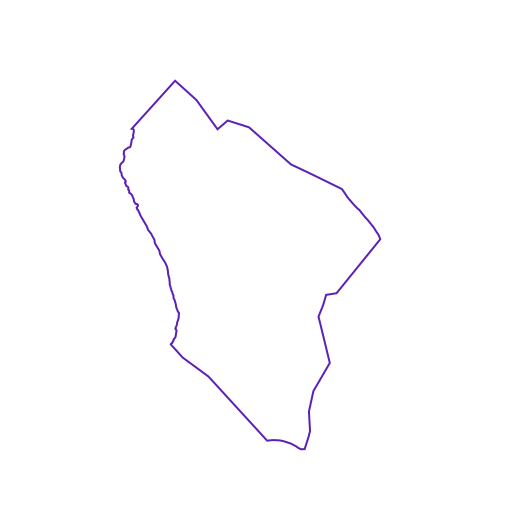 Xo'xmorit, Govi-Altay, Mongolia, rotated 241°
{"feature_id": "93677404B45004975907355", "entity_name": "Xo'xmorit", "entity_type": "district", "adm_level": 2, "iso_a3": "MNG", "parent_name": "Mongolia", "parent_adm1": "Govi-Altay", "projection": "natural_earth1", "projection_center": [94.596, 47.393], "detail": "fine", "context": "isolated", "style": "outline", "palette": "violet", "viewbox_px": 512, "rotation_deg": 241, "n_neighbors": 0, "source": "geoboundaries", "source_scale": "gbopen_adm2", "svg_char_len": 5869}
<svg xmlns="http://www.w3.org/2000/svg" viewBox="0 0 512 512"><g transform="rotate(241 256 256)"><path d="M427.5,209.0L427.3,209.2L427.0,209.7L426.7,209.9L426.3,210.1L425.9,210.2L425.6,210.2L425.3,210.1L425.1,210.0L424.7,209.9L424.2,209.5L423.6,209.1L423.2,208.8L422.9,208.5L422.3,208.0L421.9,207.7L421.6,207.3L421.0,206.8L420.7,206.6L420.4,206.5L420.2,206.5L419.9,206.5L419.5,206.5L419.3,206.4L419.1,206.3L419.0,206.2L418.9,205.9L418.6,205.1L418.2,204.2L418.0,203.7L417.4,203.2L417.1,203.0L416.1,202.3L415.6,202.0L414.9,201.3L414.5,201.0L413.8,200.4L412.8,199.4L412.4,199.0L412.3,198.7L412.3,198.4L412.5,197.7L412.6,196.9L412.7,196.6L412.6,196.3L412.4,193.4L412.2,192.6L412.1,192.2L411.9,191.8L411.8,191.6L411.5,191.3L411.1,191.0L410.6,190.7L409.4,189.8L409.1,189.6L408.8,189.6L408.6,189.6L408.2,189.6L407.8,189.5L407.4,189.4L407.0,189.3L406.7,189.1L406.2,188.8L405.4,188.2L405.0,187.8L404.2,187.1L403.5,186.5L402.9,185.4L402.5,183.7L402.1,182.6L401.8,181.9L401.4,181.4L400.9,180.9L400.2,180.4L399.6,179.9L398.7,179.6L398.1,179.3L397.6,179.1L397.0,178.8L396.4,178.5L395.9,178.4L395.6,178.4L395.0,178.5L394.5,178.5L394.0,178.5L393.1,178.3L392.5,178.1L392.0,177.8L391.5,177.7L391.1,177.6L389.8,177.6L389.0,177.7L388.3,177.8L386.8,178.2L386.1,178.4L385.5,178.4L385.1,178.4L384.7,178.4L384.4,178.3L384.0,177.9L384.0,177.6L384.0,177.2L383.8,177.0L383.1,176.9L381.7,176.8L380.4,176.5L380.2,176.5L379.9,176.6L379.6,176.8L379.3,177.1L378.7,177.4L378.4,177.5L378.0,177.5L377.6,177.4L376.8,177.1L376.5,176.8L376.3,176.5L376.1,176.4L375.7,176.5L375.3,176.7L375.0,176.8L374.6,176.7L374.3,176.6L373.9,176.4L373.6,176.2L373.3,176.0L372.9,175.8L372.5,175.8L372.2,176.0L371.7,176.5L371.4,176.6L371.1,176.7L370.4,176.8L369.8,177.0L369.3,177.0L368.5,177.0L367.3,176.8L366.7,176.7L365.5,176.7L364.9,176.6L364.4,176.4L363.8,176.1L363.1,175.9L362.6,175.8L361.9,175.8L360.6,175.9L360.3,176.0L359.9,176.1L359.6,176.3L359.6,176.7L359.3,177.0L359.0,177.2L358.6,177.3L358.2,177.5L357.9,177.5L357.6,177.4L357.4,177.2L357.0,176.9L356.7,176.4L356.5,176.0L356.4,175.3L356.2,175.3L355.9,175.2L355.6,174.9L355.4,174.9L354.5,174.8L354.3,174.8L354.1,174.8L354.0,175.0L353.8,175.1L353.6,175.1L353.3,175.2L353.0,175.2L352.3,175.0L352.0,175.0L351.2,175.0L351.0,174.9L350.6,175.0L350.4,175.0L350.2,174.9L349.4,174.8L348.9,174.7L348.2,174.6L346.5,174.6L344.9,174.6L343.7,174.6L342.7,174.7L342.0,174.7L341.4,174.7L340.6,174.7L340.1,174.7L338.7,174.8L337.1,174.8L336.0,174.9L335.3,174.9L334.9,174.9L334.7,174.8L334.4,174.7L333.7,174.7L333.0,174.6L331.9,174.4L331.5,174.3L331.1,174.3L330.7,174.3L330.3,174.4L329.6,174.6L328.8,174.7L328.1,174.8L327.8,174.8L327.2,174.9L326.9,175.0L326.6,175.1L326.3,175.1L324.9,175.0L324.1,175.0L323.3,175.0L322.1,175.0L321.6,175.0L320.8,175.0L319.5,175.0L318.9,174.8L318.5,174.7L317.8,174.3L317.5,174.2L317.2,174.1L316.9,174.0L316.1,173.8L314.3,173.8L313.8,173.8L313.3,173.8L312.2,173.9L311.0,173.9L309.5,174.0L308.5,174.0L308.2,174.1L307.9,174.1L307.7,174.1L307.3,174.0L307.0,173.9L306.6,173.7L306.1,173.6L305.6,173.4L305.2,173.3L304.1,173.0L303.5,173.0L303.4,173.0L302.5,172.9L301.6,173.0L300.6,173.0L299.7,173.0L299.2,173.0L297.9,173.1L295.5,173.3L294.8,173.3L294.2,173.3L293.5,173.3L292.0,173.2L290.2,173.0L289.5,172.9L288.9,172.8L288.4,172.6L287.9,172.4L287.5,172.2L287.2,172.1L286.8,172.1L286.3,172.0L285.8,171.8L285.6,171.6L285.3,171.5L284.9,171.3L284.6,171.2L284.0,171.0L283.8,170.9L283.6,170.8L283.5,170.7L283.2,170.5L282.9,170.4L282.5,170.3L282.1,170.2L281.5,170.1L281.0,170.0L280.2,169.7L279.6,169.5L279.3,169.4L278.9,169.4L278.6,169.4L278.4,169.4L278.0,169.2L277.5,168.9L277.1,168.6L276.8,168.5L276.5,168.4L276.2,168.3L275.7,168.2L274.9,167.9L274.6,167.7L274.1,167.3L273.7,167.1L273.4,166.9L273.0,166.8L272.3,166.6L271.7,166.5L270.7,166.3L270.5,166.2L268.2,165.7L267.5,165.5L267.1,165.4L266.7,165.3L266.3,165.3L265.6,165.3L265.2,165.3L264.3,165.0L264.0,164.9L263.3,164.8L262.8,164.7L262.0,164.7L261.7,164.6L261.4,164.6L261.2,164.5L260.6,164.2L260.0,163.9L259.5,163.6L259.3,163.5L259.0,163.4L258.6,163.4L257.6,163.5L257.3,163.4L256.9,163.4L256.3,163.3L255.3,163.1L254.5,162.9L253.2,162.6L252.5,162.3L251.9,162.2L251.3,161.9L250.6,161.7L249.9,161.5L249.2,161.2L248.5,161.2L247.8,161.1L246.9,161.0L246.3,160.9L245.6,160.8L245.2,160.8L244.9,160.8L244.2,161.0L243.6,161.0L243.2,160.9L242.4,160.3L241.9,159.9L241.1,159.4L240.7,159.2L239.7,158.6L239.3,158.2L239.1,158.0L238.3,157.3L237.7,156.7L237.3,156.4L237.0,156.0L236.8,155.6L236.6,155.3L236.4,155.1L236.1,154.9L235.8,154.6L235.0,154.1L234.4,153.7L234.0,153.2L233.5,152.6L232.9,151.9L232.5,151.3L231.9,150.5L231.6,150.4L231.4,150.4L231.2,150.5L230.9,150.5L230.8,150.4L230.7,150.3L230.7,150.2L230.4,150.2L230.2,150.2L229.8,150.3L229.4,150.4L229.2,150.3L228.9,150.1L228.1,149.4L227.5,148.9L225.9,147.7L225.5,147.3L225.1,147.1L224.9,146.9L224.7,146.8L224.4,146.5L224.0,145.9L223.5,145.1L223.4,144.7L223.3,144.2L223.2,143.8L223.1,143.6L222.8,143.3L222.6,143.2L222.2,143.0L222.0,142.9L221.9,142.7L221.7,142.1L221.6,141.7L221.4,141.4L221.1,141.2L220.9,141.1L220.7,140.9L220.5,140.6L220.5,140.4L220.5,140.0L220.5,139.8L220.4,139.2L220.1,138.6L219.9,138.6L215.8,139.6L202.8,142.6L173.6,156.0L126.3,167.3L89.1,176.2L87.1,180.9L86.2,182.6L83.2,187.4L81.4,189.5L79.7,191.3L77.8,193.0L74.7,195.8L72.1,197.5L71.0,198.1L70.2,198.8L68.5,199.5L67.7,199.9L66.8,200.6L65.4,201.3L63.5,204.9L73.0,215.0L76.0,217.7L76.2,217.9L76.7,218.4L94.3,226.9L110.0,240.7L115.7,250.3L126.7,268.7L172.7,281.3L180.4,290.8L188.0,298.5L184.4,308.4L210.4,372.8L213.3,373.3L215.9,373.4L218.9,373.0L220.1,373.0L224.7,372.7L227.3,372.2L233.9,371.1L234.4,370.9L235.7,370.5L236.8,370.3L241.9,369.4L246.3,368.7L247.2,368.3L248.1,367.9L252.1,366.8L256.5,365.8L262.9,364.5L268.1,364.1L272.9,363.6L296.9,346.9L304.1,341.8L319.1,331.0L371.9,312.3L388.2,296.9L385.5,283.8L421.4,279.5L448.5,270.2L427.5,209.0Z" fill="none" stroke="#5b21b6" stroke-width="2"/></g></svg>